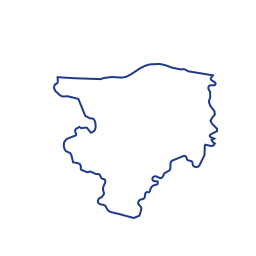 the Autonomous Community of Barcelona, rotated 205°
{"feature_id": "ESP-5809", "entity_name": "Barcelona", "entity_type": "Autonomous Community", "adm_level": 1, "iso_a3": "ESP", "parent_name": "Spain", "parent_adm1": "", "projection": "robinson", "projection_center": [1.935, 41.755], "detail": "fine", "context": "isolated", "style": "outline", "palette": "blue", "viewbox_px": 256, "rotation_deg": 205, "n_neighbors": 0, "source": "natural_earth", "source_scale": "10m", "svg_char_len": 2371}
<svg xmlns="http://www.w3.org/2000/svg" viewBox="0 0 256 256"><g transform="rotate(205 128 128)"><path d="M213.3,144.3L198.0,150.3L173.5,160.7L171.0,163.1L164.0,167.5L155.0,171.0L151.4,173.5L148.2,177.6L142.3,187.2L138.8,191.6L134.9,195.0L126.4,199.4L121.4,200.6L113.1,201.4L105.0,203.4L102.5,204.8L101.3,205.1L97.2,204.9L73.4,211.6L73.9,207.8L73.4,207.0L72.6,206.6L68.6,206.1L67.3,205.3L67.4,203.7L67.9,203.1L71.2,201.7L72.0,200.8L72.4,199.7L72.2,198.3L71.5,197.3L68.8,195.4L66.4,190.5L66.1,186.9L65.6,185.7L62.8,182.9L56.6,179.6L55.0,176.8L56.1,172.7L56.3,169.4L53.4,167.3L46.9,164.9L46.0,162.7L49.7,158.1L50.8,156.0L50.1,154.9L48.6,154.6L45.4,154.8L47.2,152.5L45.0,151.0L42.7,150.6L43.2,148.2L45.1,146.8L50.8,145.6L51.0,144.6L47.2,135.6L47.5,124.0L47.9,123.0L48.9,121.8L50.3,121.1L51.8,121.1L53.2,121.5L55.4,124.3L56.3,124.8L59.8,124.1L60.8,124.3L63.7,126.7L64.9,126.7L65.8,126.1L74.3,117.0L74.7,115.6L74.6,114.1L72.4,108.9L72.5,107.2L75.9,102.2L75.9,98.4L76.2,97.4L77.1,96.4L78.2,96.1L82.0,96.1L83.3,95.6L84.2,94.6L84.6,93.5L84.5,92.3L83.6,91.2L82.8,90.8L82.0,90.8L79.0,92.0L78.4,91.8L77.9,91.1L77.6,89.9L78.0,88.9L80.6,86.7L81.4,85.5L81.8,84.0L81.9,82.5L81.5,79.9L81.6,79.1L82.0,78.5L83.6,78.0L84.3,77.4L84.7,76.1L83.6,72.3L83.6,71.7L83.7,71.1L84.3,70.0L84.7,69.6L86.1,68.8L86.8,67.9L87.3,66.7L87.4,65.4L87.1,64.1L86.6,63.6L82.9,61.8L82.2,61.1L81.6,60.1L80.7,54.7L80.7,53.7L81.1,52.8L84.7,48.9L100.0,46.2L108.6,44.4L111.5,45.0L115.7,47.9L117.5,48.0L120.9,47.2L122.6,47.3L123.3,47.6L123.9,48.1L124.3,48.8L124.6,49.7L124.6,51.2L124.2,52.4L122.5,54.4L121.9,57.9L122.0,58.5L124.5,61.4L125.1,62.5L125.5,64.2L125.7,69.0L126.1,70.4L126.9,71.3L127.9,71.5L130.0,71.1L130.8,71.3L134.0,73.7L134.6,73.9L138.2,72.7L143.7,72.7L144.2,72.4L145.6,71.1L146.9,70.6L152.8,70.4L153.6,71.1L154.5,73.3L156.2,74.9L158.5,75.0L163.2,73.7L168.0,79.6L169.7,80.8L174.5,80.8L176.8,82.2L178.7,84.7L179.8,87.8L179.4,90.9L178.2,93.0L172.2,99.2L172.1,100.1L172.7,100.9L173.7,101.7L175.0,103.4L174.9,104.9L172.6,108.4L170.3,108.1L166.6,110.4L165.3,110.8L159.8,108.1L159.1,108.5L158.3,109.6L157.2,111.7L157.5,114.5L158.9,117.6L160.9,120.2L162.9,121.6L163.9,121.6L166.8,120.7L171.8,120.9L185.3,133.4L196.1,131.3L199.9,129.2L201.8,128.8L203.9,129.0L209.6,130.9L212.0,133.0L212.7,136.1L212.4,136.9L211.3,138.1L211.0,138.8L211.1,140.1L213.3,144.3Z" fill="none" stroke="#1e3a8a" stroke-width="2"/></g></svg>